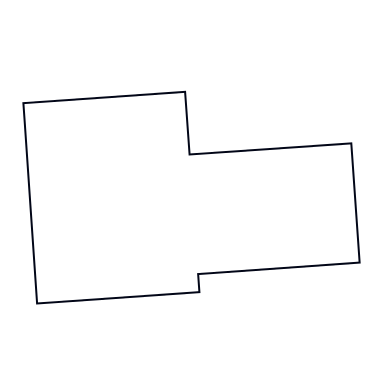 Billings, North Dakota, United States of America, rotated 266°
{"feature_id": "52423323B93368423435894", "entity_name": "Billings", "entity_type": "district", "adm_level": 2, "iso_a3": "USA", "parent_name": "United States of America", "parent_adm1": "North Dakota", "projection": "mercator", "projection_center": [-103.321, 46.98], "detail": "fine", "context": "isolated", "style": "outline", "palette": "ink", "viewbox_px": 384, "rotation_deg": 266, "n_neighbors": 0, "source": "geoboundaries", "source_scale": "gbopen_adm2", "svg_char_len": 281}
<svg xmlns="http://www.w3.org/2000/svg" viewBox="0 0 384 384"><g transform="rotate(266 192 192)"><path d="M292.4,192.1L292.4,30.0L271.3,30.0L91.6,29.7L91.6,192.4L109.7,192.4L109.9,354.3L229.4,354.3L229.6,192.2L292.4,192.1Z" fill="none" stroke="#020617" stroke-width="2"/></g></svg>